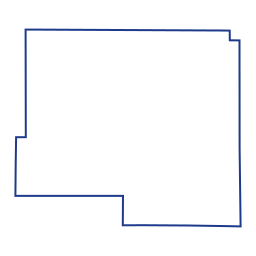 the district of Prentiss, Mississippi, United States of America
{"feature_id": "52423323B17129375246846", "entity_name": "Prentiss", "entity_type": "district", "adm_level": 2, "iso_a3": "USA", "parent_name": "United States of America", "parent_adm1": "Mississippi", "projection": "albers", "projection_center": [-88.507, 34.61], "detail": "fine", "context": "isolated", "style": "outline", "palette": "blue", "viewbox_px": 256, "rotation_deg": 0, "n_neighbors": 0, "source": "geoboundaries", "source_scale": "gbopen_adm2", "svg_char_len": 330}
<svg xmlns="http://www.w3.org/2000/svg" viewBox="0 0 256 256"><path d="M220.3,30.5L35.3,29.6L25.6,29.6L25.8,137.2L16.1,137.2L15.7,164.0L15.4,195.9L123.0,195.9L122.8,225.3L142.3,225.2L188.1,225.5L225.6,226.1L240.6,226.4L239.6,148.0L239.5,40.4L229.8,40.3L229.7,30.6L220.3,30.5Z" fill="none" stroke="#1e3a8a" stroke-width="2"/></svg>